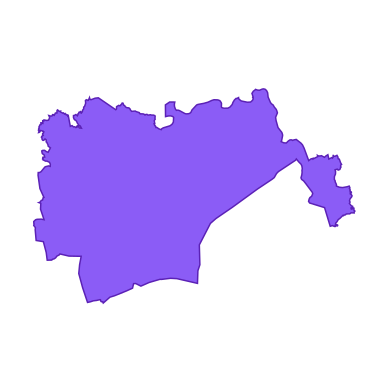 outline of Azoyú, Guerrero, Mexico, rotated 265°
{"feature_id": "50627088B36255961277224", "entity_name": "Azoyú", "entity_type": "district", "adm_level": 2, "iso_a3": "MEX", "parent_name": "Mexico", "parent_adm1": "Guerrero", "projection": "mercator", "projection_center": [-98.537, 16.655], "detail": "fine", "context": "isolated", "style": "filled", "palette": "violet", "viewbox_px": 384, "rotation_deg": 265, "n_neighbors": 0, "source": "geoboundaries", "source_scale": "gbopen_adm2", "svg_char_len": 5932}
<svg xmlns="http://www.w3.org/2000/svg" viewBox="0 0 384 384"><g transform="rotate(265 192 192)"><path d="M224.8,40.5L222.1,40.1L208.6,40.8L199.5,44.0L199.4,43.3L197.0,42.4L196.8,41.2L195.0,39.5L194.8,38.6L193.9,40.4L188.1,39.6L177.3,42.2L178.1,39.5L178.3,35.2L178.0,33.8L176.4,31.8L174.5,31.7L173.9,31.9L172.5,31.4L170.1,32.9L168.1,32.5L157.3,32.5L155.5,39.6L144.4,41.5L136.7,41.8L136.4,46.4L137.1,47.0L137.4,48.8L138.3,50.4L139.9,51.8L141.0,54.4L141.8,55.0L138.9,63.8L137.6,76.0L129.4,73.7L120.6,72.1L106.2,74.7L91.1,78.3L91.5,81.4L92.2,84.2L92.3,87.5L92.8,91.0L92.6,91.4L91.6,91.5L90.8,91.9L90.4,92.8L90.4,93.5L89.1,93.9L94.4,101.1L95.4,105.8L99.2,118.2L101.4,124.4L105.8,125.8L105.7,128.0L102.7,132.9L105.6,141.4L107.8,152.4L107.6,154.1L107.9,163.1L107.0,169.4L100.5,189.5L113.0,191.0L118.8,193.5L138.7,194.7L159.1,207.6L163.5,213.6L173.2,230.8L189.2,257.4L197.7,272.9L199.2,275.2L203.0,277.8L204.8,279.9L214.6,297.9L215.8,298.8L212.5,301.1L210.1,303.1L208.4,303.7L205.7,303.9L203.8,303.4L202.0,303.4L199.6,302.9L196.6,301.8L195.0,302.3L193.3,304.2L190.4,306.1L181.2,311.8L179.8,312.1L177.3,310.8L176.2,309.0L174.8,308.1L172.5,307.3L170.8,308.2L164.9,322.7L145.8,326.7L146.3,328.9L145.2,331.1L145.2,331.7L146.3,331.8L146.3,332.5L145.5,333.4L145.6,334.0L145.9,334.2L146.5,334.1L146.9,332.9L147.4,332.3L148.4,332.4L149.8,333.9L151.8,335.3L152.7,336.9L155.6,340.4L155.2,340.9L155.7,341.4L155.9,342.9L156.7,343.8L156.5,347.3L157.4,348.7L157.0,351.7L157.7,351.7L158.8,352.6L159.9,351.7L161.8,351.9L162.1,351.4L161.0,349.8L161.1,349.2L162.2,349.0L163.0,350.6L163.7,350.8L164.5,349.4L166.9,347.8L168.2,348.6L169.4,348.1L171.3,348.8L173.3,350.7L174.3,351.1L175.8,350.4L176.1,349.6L177.3,349.5L177.4,350.7L178.1,350.7L179.3,349.3L180.2,349.8L181.8,349.1L182.3,349.7L184.2,349.1L183.7,347.0L183.3,342.4L183.9,339.3L185.3,336.4L187.0,336.5L189.5,335.6L190.9,335.5L192.1,334.9L194.9,335.2L197.4,336.5L199.7,336.8L201.7,336.5L202.1,338.7L201.1,339.5L201.5,341.1L202.2,341.7L203.5,342.1L203.9,342.6L204.9,342.2L205.9,342.6L206.4,343.4L208.1,342.6L211.9,341.6L212.4,340.5L214.2,340.4L215.9,339.6L215.1,337.5L215.3,336.4L216.1,336.0L216.1,335.8L214.1,335.5L213.5,334.8L214.1,334.3L212.9,331.2L217.3,330.6L216.1,328.3L215.0,327.0L216.9,324.1L216.7,322.7L217.0,320.8L217.5,320.2L216.3,320.3L214.4,315.6L215.0,315.7L214.6,313.4L213.1,311.0L225.9,307.5L229.3,306.2L231.2,304.8L235.3,300.4L235.0,297.9L234.6,296.8L235.2,296.0L235.4,294.2L234.5,292.5L232.6,290.2L233.0,287.7L234.4,285.2L235.5,285.8L240.3,287.2L241.4,287.2L243.5,286.7L248.7,283.3L255.8,282.0L259.1,281.8L263.4,284.0L265.8,283.5L267.0,283.1L269.6,281.3L271.5,280.5L273.1,278.7L274.5,277.9L279.9,276.1L284.3,276.0L286.6,275.1L288.0,273.8L288.5,272.2L288.4,270.9L287.5,268.1L287.8,266.2L288.7,264.2L288.0,263.5L287.1,261.9L285.0,260.3L281.2,261.2L281.0,260.7L279.7,261.1L278.9,260.8L278.0,260.2L276.5,258.2L276.6,255.0L278.4,249.0L280.0,247.3L281.0,246.6L282.0,246.6L281.2,244.6L281.4,244.1L280.0,242.3L277.7,240.6L275.7,239.7L273.3,237.2L272.4,235.0L272.7,231.1L273.3,229.4L273.7,228.9L274.4,228.7L277.6,229.1L278.7,228.8L280.6,227.7L281.5,225.8L282.0,222.0L281.5,219.7L280.1,215.8L279.3,211.6L278.7,205.5L278.3,204.2L273.7,199.1L271.4,197.8L270.6,196.6L270.3,195.4L270.3,193.3L270.7,191.9L274.2,186.6L274.8,185.1L274.7,183.6L276.3,182.6L278.9,182.0L281.0,182.1L283.1,182.7L283.6,177.6L281.1,173.1L269.4,172.2L269.8,174.8L269.7,177.4L268.9,179.4L267.9,180.2L263.2,179.5L261.2,178.0L259.9,175.9L258.4,168.9L257.6,167.3L256.8,166.8L257.7,164.7L259.5,162.4L259.4,161.7L261.0,161.3L261.4,160.7L263.3,160.2L263.4,160.9L266.3,160.6L267.8,161.7L268.4,161.5L270.8,161.9L271.4,161.6L272.1,159.9L272.0,158.9L272.6,157.2L272.4,155.5L272.7,154.4L273.3,153.9L273.2,152.5L272.8,151.9L273.7,151.0L274.1,150.0L274.4,147.1L274.9,146.9L275.1,146.5L275.7,146.4L276.9,143.5L277.6,142.5L277.6,138.9L279.1,137.8L280.0,137.6L281.3,136.5L281.7,134.4L282.6,133.1L284.0,132.4L284.5,131.5L286.5,131.0L286.7,130.2L285.9,129.7L285.2,128.8L284.4,128.4L284.2,127.6L284.7,126.6L283.6,124.3L281.2,124.0L280.6,123.2L294.0,106.9L293.9,103.6L292.8,99.8L293.0,99.3L292.9,98.8L293.4,98.3L294.9,98.1L292.3,96.7L292.2,96.3L293.1,95.2L292.8,94.6L292.9,94.4L292.4,93.8L289.7,93.8L287.9,93.0L286.6,92.4L286.0,91.5L284.2,91.3L283.0,90.1L281.6,89.8L280.2,88.6L280.4,88.3L281.2,88.5L281.9,88.1L281.9,87.8L281.3,87.2L281.3,86.4L280.1,85.8L279.9,85.3L278.6,84.9L277.9,84.4L279.3,83.1L278.6,81.6L278.5,80.6L276.6,80.4L275.1,80.8L274.0,81.5L273.8,82.2L272.4,83.2L270.6,83.8L268.1,85.3L267.6,86.4L265.2,87.4L265.6,85.5L266.0,85.1L267.1,85.0L267.1,84.3L268.0,83.9L267.5,82.9L266.7,83.1L266.3,82.0L267.2,80.9L267.2,79.6L268.6,78.3L268.0,76.5L278.9,75.4L278.6,74.9L279.2,74.9L279.8,74.4L279.7,73.5L280.5,73.2L280.8,72.7L281.2,72.5L280.8,71.7L282.0,70.8L281.8,70.1L282.5,69.2L282.7,68.5L283.4,68.1L283.6,67.6L284.0,67.9L284.0,66.6L285.5,65.3L285.1,64.7L282.5,64.3L282.6,62.8L280.3,61.4L280.4,61.1L281.0,60.9L281.3,60.2L281.2,59.8L280.2,59.5L279.9,58.4L280.1,57.9L279.9,57.0L280.5,56.6L280.7,56.0L279.0,56.6L278.1,56.5L276.1,55.3L275.9,53.6L276.7,50.8L275.7,50.5L276.0,49.5L273.3,49.4L273.5,48.4L274.0,48.3L274.1,47.5L272.4,47.5L272.4,46.6L270.3,45.3L270.0,45.5L269.6,45.2L268.8,45.2L268.4,44.8L268.2,44.7L268.0,45.0L266.9,44.5L266.5,45.6L265.2,44.5L264.8,44.4L265.3,45.3L265.0,45.5L265.6,46.0L266.2,46.1L266.5,46.5L265.6,48.9L265.3,48.8L264.9,49.6L263.8,49.2L263.3,48.3L262.9,48.4L261.9,48.1L261.9,48.4L261.4,48.7L260.3,47.0L259.7,46.8L259.6,47.1L257.3,47.3L256.5,47.9L256.4,48.6L256.9,49.5L257.6,50.0L257.5,50.5L256.9,51.1L256.5,51.3L254.6,51.1L254.1,51.8L253.0,52.0L251.9,52.6L250.2,52.7L248.3,54.8L244.1,52.1L245.1,50.2L246.3,48.9L246.5,47.0L246.0,45.9L243.7,46.1L243.4,46.4L243.1,46.4L241.7,48.0L239.6,48.3L239.6,46.5L238.5,46.2L238.6,46.6L237.1,46.3L235.5,48.8L235.4,50.2L234.0,52.6L232.2,53.3L229.9,53.0L230.5,51.4L230.0,48.3L229.7,47.6L225.4,43.4L224.7,41.9L224.8,40.5Z" fill="#8b5cf6" stroke="#5b21b6" stroke-width="1.5"/></g></svg>